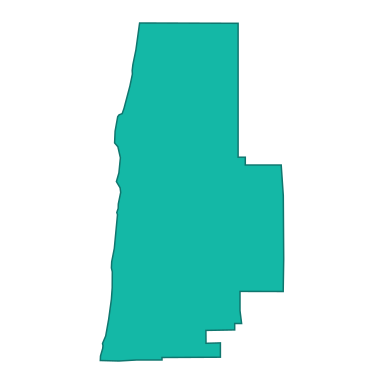 outline of Lincoln, Oregon, United States of America
{"feature_id": "52423323B15619780159684", "entity_name": "Lincoln", "entity_type": "district", "adm_level": 2, "iso_a3": "USA", "parent_name": "United States of America", "parent_adm1": "Oregon", "projection": "robinson", "projection_center": [-123.957, 44.66], "detail": "fine", "context": "isolated", "style": "filled", "palette": "teal", "viewbox_px": 384, "rotation_deg": 0, "n_neighbors": 0, "source": "geoboundaries", "source_scale": "gbopen_adm2", "svg_char_len": 820}
<svg xmlns="http://www.w3.org/2000/svg" viewBox="0 0 384 384"><path d="M139.6,23.0L135.9,50.0L132.9,64.6L132.2,70.4L132.4,74.1L129.9,86.1L124.0,108.4L122.2,113.6L119.0,114.9L117.7,116.7L115.1,131.2L114.6,142.9L117.9,146.8L120.4,157.8L118.9,172.9L116.4,181.6L120.1,187.8L120.7,192.4L118.3,204.0L118.2,208.4L116.8,212.5L117.5,214.7L114.3,248.5L111.7,261.7L111.4,267.9L112.3,271.8L112.2,287.9L111.4,299.2L108.7,319.1L105.7,336.0L104.4,339.0L102.5,343.6L103.0,345.7L102.7,348.4L100.5,356.0L100.3,360.5L118.8,361.0L136.3,360.0L162.0,360.0L162.0,357.5L220.4,357.2L220.4,342.9L206.0,343.3L205.9,330.4L234.7,329.9L234.7,323.5L241.6,323.5L240.0,310.7L240.0,291.4L283.2,291.5L283.7,259.2L283.3,195.8L281.2,165.0L245.3,165.0L245.3,157.2L238.1,157.2L238.1,23.3L139.6,23.0Z" fill="#14b8a6" stroke="#0f766e" stroke-width="1.5"/></svg>